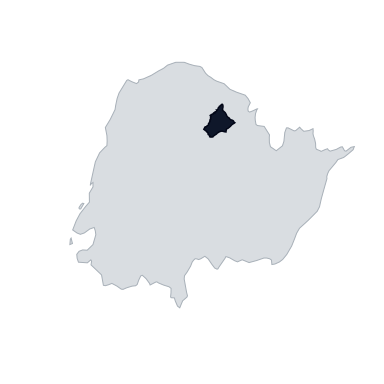 Kuleaen, Preah Vihéar, Cambodia (highlighted), rotated 33°
{"feature_id": "14789045B31291956543174", "entity_name": "Kuleaen", "entity_type": "district", "adm_level": 2, "iso_a3": "KHM", "parent_name": "Cambodia", "parent_adm1": "Preah Vihéar", "projection": "equal_earth", "projection_center": [104.523, 13.796], "detail": "fine", "context": "in_parent", "style": "filled", "palette": "ink", "viewbox_px": 384, "rotation_deg": 33, "n_neighbors": 0, "source": "geoboundaries", "source_scale": "gbopen_adm2", "svg_char_len": 6517}
<svg xmlns="http://www.w3.org/2000/svg" viewBox="0 0 384 384"><g transform="rotate(33 192 192)"><path d="M303.4,65.5L304.1,68.8L302.3,74.9L300.4,80.4L296.7,85.3L296.6,88.8L295.3,99.5L295.8,102.9L296.7,105.8L297.9,107.3L301.1,117.7L304.1,127.2L307.0,135.0L307.5,140.0L304.9,152.4L301.9,163.9L302.2,169.6L303.5,175.4L305.0,183.0L305.5,192.8L304.8,199.2L303.4,203.1L300.8,207.2L298.5,209.3L295.7,205.8L293.5,205.7L290.6,206.7L288.2,208.3L283.5,214.3L278.3,220.1L271.0,221.5L268.2,225.8L265.2,226.4L259.4,226.7L255.6,227.7L255.8,229.8L255.5,240.1L255.6,242.4L255.0,243.1L252.4,243.4L248.0,241.8L242.0,239.3L237.8,238.9L235.6,243.4L234.3,245.1L232.7,245.4L231.0,246.2L230.5,248.1L230.3,250.6L231.2,254.9L231.5,261.7L231.3,266.3L232.8,269.2L242.0,279.0L244.7,281.5L245.0,282.9L243.4,288.3L244.8,295.8L242.0,295.6L237.2,292.4L234.9,290.4L232.1,292.0L231.2,291.7L229.3,288.0L226.9,284.2L224.3,284.0L219.0,285.5L213.6,286.5L211.5,286.5L210.7,287.2L207.5,292.8L206.2,291.8L200.7,289.7L195.7,288.9L194.7,290.3L195.3,294.9L196.4,299.4L195.8,301.3L193.0,303.6L189.4,307.9L187.2,311.2L185.6,312.0L180.1,311.8L174.6,312.3L172.4,315.4L170.3,317.8L168.5,318.5L161.3,310.8L147.0,308.1L145.5,304.7L144.1,304.0L142.8,308.4L135.0,312.7L131.7,310.1L129.3,307.0L129.6,303.2L131.9,300.1L135.8,297.9L137.6,290.1L134.6,280.2L132.1,277.3L129.3,275.0L126.4,278.7L124.0,285.0L121.4,288.3L117.9,289.0L112.6,288.8L110.6,279.3L109.9,271.2L110.7,261.9L111.5,256.4L106.5,248.9L106.2,241.7L103.8,238.0L103.0,239.9L103.1,241.9L102.4,240.4L94.5,219.3L93.2,209.5L94.6,202.0L95.4,199.5L93.1,195.5L89.9,191.0L84.2,185.1L83.9,175.8L82.6,164.8L80.9,161.1L78.3,154.4L76.9,148.7L76.5,133.9L77.2,132.7L81.3,132.3L86.4,131.3L87.3,128.9L86.4,126.9L89.7,123.5L94.4,116.2L98.1,108.5L100.8,103.7L102.4,98.9L107.7,92.1L115.0,87.4L120.0,86.3L125.2,84.7L130.2,82.4L132.5,82.2L138.7,85.0L142.0,85.7L145.5,85.6L149.2,85.9L152.3,85.6L159.9,83.7L167.9,85.2L175.1,84.0L183.9,81.8L188.3,83.2L192.3,85.4L192.8,89.9L193.7,92.0L195.1,93.6L196.8,93.6L199.1,90.4L201.0,87.2L201.6,86.6L201.7,88.2L202.6,91.7L204.3,95.1L206.0,97.4L208.9,100.5L210.7,100.6L216.8,97.7L225.9,101.9L227.0,104.0L229.9,108.3L233.1,111.3L240.2,111.5L242.7,104.0L241.5,99.5L237.4,91.5L236.3,86.8L237.6,85.9L244.4,85.1L245.5,84.1L247.0,79.0L248.9,79.6L252.7,80.2L256.7,76.7L259.0,73.0L260.3,74.7L261.8,77.3L263.3,78.8L266.2,81.0L269.4,84.2L271.4,87.2L273.0,88.4L277.1,87.6L278.1,87.7L280.5,84.0L282.1,81.9L283.5,82.5L285.6,82.5L289.8,77.7L292.2,73.3L293.5,72.2L297.4,74.3L298.9,73.9L301.0,67.9L303.4,65.5ZM107.9,266.8L107.2,267.4L106.4,267.4L105.7,266.5L105.7,263.1L106.3,261.0L107.6,260.6L107.9,266.8ZM119.8,300.3L118.2,302.6L115.7,297.9L115.7,296.5L119.8,300.3Z" fill="#d9dde1" stroke="#a8b0b8" stroke-width="1"/><path d="M169.8,101.9L169.7,102.0L169.6,102.4L169.4,102.6L169.2,102.5L169.1,102.8L169.0,103.0L169.0,103.3L168.9,103.5L168.9,103.8L168.8,104.0L168.7,104.1L168.7,104.5L168.7,104.8L168.7,105.0L168.7,105.4L168.5,105.5L168.4,105.5L168.5,106.0L168.3,106.4L168.3,106.5L168.2,107.2L168.3,107.4L168.4,107.8L168.5,108.1L168.6,108.3L168.6,108.5L168.6,108.8L168.5,109.1L168.5,109.3L168.3,109.4L168.3,109.5L168.2,109.6L168.3,109.6L168.4,109.8L168.4,110.0L168.3,110.3L168.4,110.5L168.5,110.5L168.4,111.2L168.4,111.5L167.9,112.0L167.7,112.3L167.7,112.5L167.8,112.6L168.1,113.0L168.2,113.3L167.9,113.3L167.5,113.2L167.4,113.2L167.3,113.4L167.2,113.6L167.2,113.9L167.1,114.1L167.0,114.6L167.2,114.8L167.3,114.9L167.2,115.0L167.0,115.3L166.9,115.5L166.7,115.6L166.6,115.8L166.6,116.0L166.5,116.3L166.4,116.5L166.1,116.4L166.0,116.5L166.0,116.9L166.0,117.2L165.9,117.3L165.6,117.6L165.6,117.8L165.6,118.1L165.8,118.2L166.0,118.2L166.3,118.2L166.5,118.1L166.8,118.3L166.9,118.5L166.9,118.8L167.0,118.9L167.0,119.0L167.1,119.5L167.1,119.8L167.3,120.0L167.6,120.3L167.8,120.4L167.9,120.5L168.0,120.5L168.1,120.9L168.0,121.2L167.9,121.2L167.8,121.4L167.8,121.5L167.8,121.8L167.9,122.0L168.1,122.3L168.3,122.5L168.4,122.9L168.5,122.9L168.6,123.3L168.6,123.7L168.6,123.8L168.7,124.1L168.7,124.4L168.8,124.5L168.8,124.9L168.7,125.1L168.6,125.3L168.6,125.5L168.7,125.9L168.8,126.0L169.1,126.3L169.2,127.2L169.2,127.3L168.9,127.6L168.8,128.0L168.7,128.1L168.7,128.3L168.6,128.5L168.5,128.8L168.5,129.0L168.5,129.3L168.5,129.5L168.4,129.7L168.3,129.8L168.2,129.9L167.9,129.9L167.8,130.0L167.7,130.1L167.7,130.3L167.5,130.5L167.5,130.8L167.6,131.2L167.6,131.3L167.6,131.5L167.7,131.8L167.7,132.0L167.8,132.0L167.9,132.3L167.8,132.5L167.7,132.5L167.7,132.8L167.8,132.9L167.8,133.0L169.0,133.1L169.5,133.1L169.9,133.2L170.7,133.2L171.1,133.3L171.4,133.3L171.7,133.5L171.8,133.4L172.2,133.6L172.4,133.6L172.6,133.6L172.9,133.6L173.0,133.6L173.3,133.7L173.3,133.8L173.4,134.1L173.6,134.3L173.8,134.5L174.1,134.8L174.2,134.7L174.3,134.8L174.5,134.9L174.7,135.0L174.8,135.0L175.1,135.0L175.8,134.9L176.0,134.9L176.1,135.0L176.3,135.4L176.5,135.4L176.5,135.5L176.8,135.8L176.8,136.0L177.0,136.0L177.0,135.9L177.3,135.8L177.4,135.7L177.5,135.6L177.8,135.5L178.1,135.3L178.3,135.3L178.4,135.2L178.5,135.2L178.7,134.9L178.8,134.9L178.8,134.7L178.8,134.8L178.9,134.7L179.0,134.7L179.3,134.5L179.3,134.4L179.5,134.3L179.4,133.9L179.5,133.7L179.5,133.4L179.7,133.0L179.8,132.8L179.9,132.4L180.0,132.3L180.4,131.2L180.5,131.0L180.7,130.7L180.8,130.4L181.0,129.9L181.0,129.4L181.0,129.2L181.5,128.0L181.8,127.5L181.9,127.1L182.1,126.6L182.4,126.4L182.5,126.3L182.6,126.0L182.9,125.6L183.3,125.2L183.7,124.9L183.8,124.7L184.3,124.5L184.7,124.3L185.2,124.2L185.4,124.1L185.8,124.0L186.2,123.8L186.4,123.8L186.6,123.7L187.3,123.4L187.8,123.1L187.5,122.6L187.4,122.4L187.2,122.1L187.2,121.8L187.1,121.5L186.9,121.3L186.7,121.0L186.7,120.8L186.7,120.6L186.7,120.2L186.8,120.0L187.4,119.3L187.5,118.9L187.7,118.4L188.1,117.2L188.2,116.7L188.4,116.1L188.5,115.6L188.6,115.0L188.6,114.7L188.7,114.2L188.9,113.6L189.4,112.4L189.4,112.2L189.7,111.8L190.0,111.2L190.2,110.6L189.7,110.6L189.4,110.6L189.2,110.5L188.9,110.3L188.4,110.0L187.9,109.8L187.4,109.8L186.9,109.8L186.5,109.9L186.2,110.0L185.9,110.1L185.7,110.1L185.2,110.3L184.8,110.3L184.5,110.3L184.2,110.2L183.5,110.0L182.9,109.7L182.5,109.7L181.7,109.7L181.5,109.8L181.3,109.8L181.0,109.7L180.3,109.5L179.9,109.3L179.4,109.0L178.9,108.6L178.2,108.2L177.3,107.7L177.1,107.6L176.6,107.4L176.3,107.3L176.1,107.3L174.3,107.0L173.9,107.0L173.7,106.9L173.3,106.8L173.0,106.5L173.0,106.4L172.7,106.0L172.5,105.7L172.3,105.4L172.0,104.6L171.8,104.1L171.7,103.8L171.6,103.7L171.2,103.1L170.9,102.7L170.5,102.3L170.2,102.1L169.8,101.9Z" fill="#0f172a" stroke="#020617" stroke-width="1.5"/></g></svg>